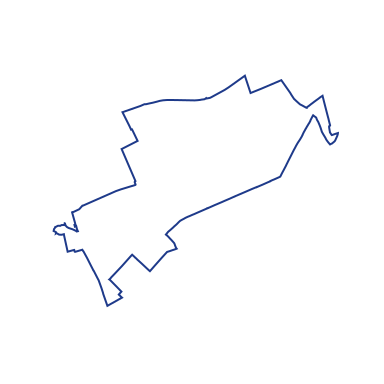 the district of Dragoesti, Ialomita, Romania, rotated 291°
{"feature_id": "2599482B30507331173389", "entity_name": "Dragoesti", "entity_type": "district", "adm_level": 2, "iso_a3": "ROU", "parent_name": "Romania", "parent_adm1": "Ialomita", "projection": "equal_earth", "projection_center": [26.544, 44.558], "detail": "fine", "context": "isolated", "style": "outline", "palette": "blue", "viewbox_px": 384, "rotation_deg": 291, "n_neighbors": 0, "source": "geoboundaries", "source_scale": "gbopen_adm2", "svg_char_len": 4695}
<svg xmlns="http://www.w3.org/2000/svg" viewBox="0 0 384 384"><g transform="rotate(291 192 192)"><path d="M303.6,297.1L304.0,296.9L304.3,296.6L306.3,295.2L308.0,294.0L309.5,293.0L310.7,292.1L315.3,288.8L323.6,282.9L328.6,279.4L327.5,278.6L326.7,278.0L326.1,277.6L325.4,277.2L324.1,276.4L322.0,275.0L321.0,274.4L320.3,273.9L319.6,273.5L317.5,272.2L317.1,271.9L315.7,271.1L314.7,270.5L314.2,270.2L313.3,269.6L312.3,268.9L312.1,268.8L311.9,268.8L311.7,268.9L311.6,268.6L311.8,267.3L312.3,263.8L312.4,262.7L312.5,261.6L312.8,260.7L314.3,256.8L315.0,255.1L315.2,254.6L315.3,254.5L315.4,254.0L318.2,250.1L319.8,248.1L328.4,235.3L313.0,219.4L305.4,211.2L313.1,204.9L316.5,202.1L319.5,199.7L302.7,188.6L299.0,185.9L287.7,176.3L286.8,175.5L286.3,175.0L284.5,172.1L284.8,171.6L283.2,170.6L282.8,169.9L281.5,167.5L281.0,166.8L279.6,164.1L278.5,161.7L276.9,157.3L272.1,144.1L271.5,142.5L271.0,141.0L270.0,138.5L269.7,137.6L268.7,135.2L267.4,132.5L267.4,132.4L265.5,129.2L264.0,127.2L261.3,123.4L260.6,122.3L259.1,120.0L257.4,117.5L257.0,116.3L256.4,115.6L255.5,114.7L253.9,113.1L241.6,98.5L231.3,109.8L231.0,110.1L228.4,112.8L229.0,113.4L228.4,114.2L220.2,122.9L207.2,111.2L206.9,110.9L194.4,123.1L181.9,135.3L181.7,135.2L181.4,134.9L181.0,134.9L180.6,135.0L178.8,136.6L178.6,136.7L178.3,136.6L178.1,136.4L176.9,134.9L175.4,132.9L169.0,124.7L165.6,120.7L140.1,95.0L140.0,94.6L135.5,92.9L130.9,88.5L130.3,87.4L130.1,87.3L121.6,93.6L120.0,94.7L119.2,94.0L117.7,95.1L118.7,96.1L116.0,98.0L114.5,99.5L113.8,98.5L114.1,97.6L114.2,96.5L114.4,93.8L114.2,89.7L114.5,87.8L115.4,86.0L117.1,84.7L117.1,84.4L115.4,84.8L115.1,83.8L114.4,82.1L113.1,81.0L112.9,80.1L112.4,78.9L111.5,78.1L110.6,77.4L110.4,76.9L108.9,76.8L108.1,76.5L107.8,76.5L106.0,76.8L105.9,78.3L105.7,79.5L105.2,79.7L104.6,79.8L104.9,80.0L105.0,80.3L105.0,80.7L104.9,81.3L104.7,82.6L104.6,83.2L104.8,83.9L105.1,84.9L105.4,85.7L106.7,87.5L105.2,88.4L91.7,97.3L95.6,102.6L95.7,102.8L94.7,103.5L94.3,103.8L94.2,104.0L94.3,104.4L98.8,110.3L97.9,111.4L97.8,111.8L92.8,117.7L86.8,124.3L84.5,126.9L83.4,128.0L83.4,128.3L79.9,132.2L77.3,135.1L76.1,136.5L70.1,141.7L65.9,145.1L65.1,145.6L55.4,153.8L68.3,164.5L68.9,163.0L69.2,162.3L69.3,162.2L69.8,160.9L69.9,160.6L70.0,160.4L70.9,160.7L73.7,161.8L76.4,156.0L80.8,146.3L80.8,146.2L82.3,146.9L83.4,147.2L84.8,147.8L87.9,149.1L97.9,153.2L110.6,158.0L112.0,158.6L110.9,161.4L110.7,161.9L110.6,162.0L110.3,162.7L110.0,163.7L109.6,164.5L109.2,165.4L108.6,167.0L107.2,170.6L104.3,177.7L103.2,180.5L103.0,181.1L106.5,182.4L109.8,183.6L119.4,187.2L120.7,187.7L127.1,190.2L128.2,191.6L129.0,192.6L129.8,193.5L130.0,193.8L130.2,194.0L130.8,194.7L131.5,195.6L132.1,196.3L133.0,197.4L133.6,198.0L134.0,197.3L135.2,196.1L136.1,195.3L137.3,194.3L138.0,193.5L138.2,193.1L138.6,192.3L139.0,191.6L139.2,191.1L139.8,190.0L140.2,189.1L140.8,187.8L141.4,186.7L142.3,184.7L142.9,182.9L146.3,184.0L148.8,185.4L152.5,187.3L153.7,187.8L154.5,188.3L155.0,188.5L155.5,188.8L156.3,189.2L157.9,189.9L159.1,190.4L160.1,190.9L160.9,191.3L162.6,192.7L164.3,194.2L164.7,194.5L165.2,194.9L165.4,195.1L166.1,195.7L166.5,196.1L166.9,196.5L167.4,197.0L167.7,197.3L168.0,197.6L168.4,198.1L168.8,198.5L169.1,198.8L170.3,200.0L170.8,200.5L171.2,200.9L171.7,201.5L172.4,202.2L174.4,204.2L179.7,209.6L180.7,210.6L181.3,211.2L182.5,212.5L182.6,212.4L182.8,212.7L183.1,213.0L183.7,213.7L185.0,215.0L186.5,216.5L188.2,218.2L189.8,219.9L190.7,220.8L193.2,223.4L195.4,225.6L198.6,228.9L204.0,234.3L210.4,240.9L215.3,245.9L216.2,246.8L219.7,250.5L219.8,250.6L219.7,250.7L221.2,252.2L224.2,255.3L228.3,259.4L230.1,261.3L230.4,261.5L230.5,261.4L232.1,263.0L232.9,263.9L234.9,265.9L236.8,267.8L238.0,268.9L241.0,269.2L242.8,269.4L245.1,269.7L248.5,270.1L250.1,270.3L251.9,270.4L252.5,270.5L254.9,270.7L261.6,271.4L267.6,272.0L270.5,272.4L272.4,272.6L275.0,273.0L276.6,273.3L278.7,273.8L280.2,274.1L283.1,274.6L284.5,274.7L284.8,274.8L285.1,274.7L286.0,274.8L287.6,274.9L288.9,275.1L290.3,275.3L291.9,275.5L292.1,275.6L293.7,275.8L294.8,276.0L295.9,276.2L297.7,276.5L298.4,276.7L299.3,276.8L300.5,277.0L301.3,276.9L303.2,277.1L306.0,277.4L307.0,277.6L306.6,278.9L306.4,279.6L306.3,280.3L305.9,281.3L304.4,282.6L303.7,283.4L302.7,284.7L300.0,287.3L298.2,288.9L296.6,290.2L294.8,291.6L293.2,293.5L290.4,297.1L289.1,298.5L288.2,299.8L287.2,301.4L286.1,303.4L285.9,303.8L286.3,304.0L286.5,304.3L287.4,305.3L290.1,306.8L290.6,307.0L291.3,307.2L294.7,307.4L296.5,307.5L298.6,307.3L299.3,307.1L297.8,305.2L296.1,303.2L295.4,302.4L295.2,302.1L295.3,301.9L295.6,301.5L297.1,299.4L297.4,299.3L299.0,298.3L300.7,297.3L302.0,296.6L302.4,296.5L302.7,296.5L302.9,296.7L303.1,296.8L303.4,297.1L303.5,297.1L303.6,297.1Z" fill="none" stroke="#1e3a8a" stroke-width="2"/></g></svg>